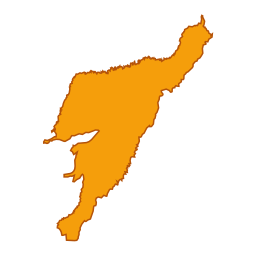 Armenia, Quindío, Colombia (Robinson projection)
{"feature_id": "7082276B37596185991621", "entity_name": "Armenia", "entity_type": "district", "adm_level": 2, "iso_a3": "COL", "parent_name": "Colombia", "parent_adm1": "Quindío", "projection": "robinson", "projection_center": [-75.71, 4.492], "detail": "fine", "context": "isolated", "style": "filled", "palette": "amber", "viewbox_px": 256, "rotation_deg": 0, "n_neighbors": 0, "source": "geoboundaries", "source_scale": "gbopen_adm2", "svg_char_len": 5659}
<svg xmlns="http://www.w3.org/2000/svg" viewBox="0 0 256 256"><path d="M101.2,71.8L101.3,73.1L100.2,73.2L99.1,72.3L97.4,72.4L96.8,73.8L95.1,71.6L94.5,71.6L94.3,72.5L93.7,72.8L93.0,71.4L91.9,71.3L91.0,70.6L90.5,71.1L90.9,72.4L89.8,72.0L89.1,72.8L87.9,72.4L85.7,74.1L85.1,73.9L85.3,72.7L84.7,72.8L84.2,72.2L81.4,73.4L80.0,72.9L77.5,74.2L76.2,74.0L75.3,76.2L74.6,76.6L74.9,76.9L74.5,77.7L73.7,77.5L72.9,78.6L72.5,79.5L72.8,80.3L71.7,82.0L72.1,83.4L70.4,83.9L69.9,85.6L70.4,86.6L69.5,87.0L69.9,88.9L69.2,93.1L68.1,95.0L67.2,94.8L66.7,95.4L66.9,97.2L66.2,97.7L66.0,98.8L64.7,100.2L63.4,103.3L62.7,106.4L61.3,108.2L60.5,108.2L60.7,109.6L61.3,109.9L60.3,110.3L60.9,111.2L60.2,111.8L60.5,113.0L59.9,113.6L60.6,114.3L58.7,115.5L58.1,116.5L58.5,121.3L57.9,121.3L57.7,122.4L57.3,121.7L56.6,122.0L56.1,124.5L54.9,125.3L54.0,126.7L55.1,128.5L55.3,129.8L55.0,130.0L53.7,129.1L53.1,130.0L51.6,130.9L51.9,132.1L53.2,130.9L54.4,131.2L56.3,134.0L56.1,136.8L54.6,136.7L51.2,138.9L47.3,140.5L44.9,139.9L43.7,141.9L43.8,143.1L45.4,142.8L46.2,143.3L47.6,143.3L48.8,142.6L49.7,140.8L51.9,141.0L52.5,140.2L56.2,139.3L59.5,139.5L64.1,141.3L65.2,141.3L69.9,138.7L71.7,135.7L74.6,135.7L79.1,133.8L82.5,134.4L85.8,132.4L88.7,132.6L95.5,130.0L98.3,130.2L99.1,131.0L91.6,139.6L89.1,141.6L86.4,142.6L78.1,143.3L74.8,145.8L73.2,145.3L73.1,146.9L71.8,148.2L70.6,150.6L72.4,151.7L73.7,154.5L77.3,151.9L76.7,154.2L76.3,154.0L75.8,157.5L74.8,160.1L75.1,166.1L74.8,168.8L74.0,170.7L72.4,172.5L70.3,173.5L64.1,174.5L64.1,176.9L67.9,176.9L70.2,176.1L72.1,176.2L74.4,175.2L72.9,181.5L74.2,181.8L76.7,179.6L79.7,178.1L81.6,175.0L82.5,174.3L83.3,175.2L83.9,179.2L82.7,182.2L83.2,184.1L82.9,187.4L81.3,189.5L81.8,191.9L80.5,193.2L80.7,194.3L80.2,195.1L80.7,195.7L79.8,196.7L80.7,198.4L80.1,199.7L80.6,201.5L79.1,202.7L78.9,205.4L77.0,206.4L77.3,207.5L75.7,208.2L74.5,210.2L73.9,210.5L74.3,211.4L73.4,211.8L73.7,212.8L72.8,212.9L72.5,213.6L70.3,214.9L69.0,214.7L68.3,216.5L67.5,217.2L66.3,217.4L65.2,218.2L63.7,217.8L63.4,219.2L62.2,218.6L61.5,220.2L60.0,220.4L59.2,221.3L58.9,222.4L57.4,223.5L58.5,224.8L57.5,225.8L57.3,227.8L58.7,228.3L60.0,229.6L61.2,231.9L61.9,235.2L62.9,235.3L66.0,234.4L66.5,240.2L74.6,240.6L76.8,240.3L78.2,238.2L78.2,236.9L79.0,234.7L79.0,231.9L80.2,229.8L80.1,227.8L81.9,224.0L84.5,220.7L85.3,221.4L86.0,221.4L87.8,220.0L90.4,219.0L93.1,211.1L93.7,206.5L94.3,205.8L95.7,205.6L96.1,204.5L96.3,202.3L95.6,200.1L96.3,198.1L98.2,197.0L101.4,197.8L103.8,195.3L106.2,196.2L106.8,196.1L107.4,193.6L109.5,189.6L110.3,189.1L112.4,189.2L112.9,187.1L114.1,186.2L115.3,184.2L115.9,184.0L117.3,184.9L117.8,184.7L117.9,183.5L117.1,181.4L118.3,182.3L119.0,180.5L120.1,179.5L120.8,179.4L121.8,180.5L122.0,178.6L123.5,178.4L123.3,175.9L123.7,174.6L124.2,174.0L125.8,174.1L125.0,171.8L127.3,172.3L127.0,171.0L127.4,170.1L126.5,168.4L126.9,167.7L127.6,167.8L127.4,165.7L127.9,165.5L129.0,166.5L129.9,165.3L129.0,163.6L130.6,163.5L130.1,160.6L130.7,157.5L132.0,156.7L134.7,157.0L134.1,155.0L135.4,153.6L134.4,152.2L135.2,150.8L137.1,149.6L137.1,149.1L135.9,148.9L135.7,148.0L138.0,146.1L136.7,144.8L138.2,144.0L139.3,141.1L138.9,137.1L140.6,137.1L141.3,136.7L142.3,134.4L144.1,133.1L146.7,128.0L149.5,125.6L149.9,126.7L151.5,126.5L153.4,124.0L153.9,119.4L155.0,118.3L155.7,115.2L155.5,114.2L157.0,112.3L158.6,107.9L157.8,102.6L159.2,99.3L159.4,97.1L160.1,96.0L161.8,95.8L162.9,94.8L162.8,93.8L161.5,92.2L161.3,90.6L166.2,89.1L169.3,90.5L170.5,92.1L171.7,92.0L172.1,91.6L172.2,88.9L173.2,87.8L174.8,87.7L175.0,86.6L176.0,85.6L176.7,86.1L178.9,86.3L178.7,83.7L181.3,81.8L181.3,79.5L183.1,79.6L183.8,78.9L184.0,75.2L185.9,73.5L186.2,72.6L188.0,71.8L192.4,67.6L193.0,66.4L193.1,64.1L195.3,61.5L197.0,61.0L197.7,59.1L200.0,57.8L201.4,55.7L202.8,53.2L202.4,48.6L203.3,44.9L205.8,44.2L205.9,43.5L205.1,42.4L205.4,41.6L207.8,41.8L208.9,39.1L212.0,37.1L212.3,34.0L211.0,35.2L211.1,34.4L209.0,33.3L208.3,31.0L207.0,30.6L205.9,28.4L204.8,27.7L205.0,27.2L203.5,26.7L203.2,26.0L203.9,25.0L204.6,21.2L202.6,16.9L202.7,15.9L201.8,15.4L201.3,16.8L201.6,19.3L200.8,23.6L198.7,23.2L197.5,25.5L196.1,25.3L195.5,25.8L194.7,25.5L192.3,26.8L188.8,26.3L187.6,28.1L184.7,29.5L184.4,31.3L183.8,31.7L183.6,32.6L182.6,33.1L181.8,34.6L182.5,36.6L180.2,38.4L179.5,40.9L180.2,41.2L180.5,42.8L179.5,45.7L178.6,45.9L178.2,47.4L178.6,47.9L178.0,48.2L177.6,49.6L175.7,51.0L174.8,53.9L174.1,53.5L173.8,54.1L173.8,55.4L172.6,55.0L170.4,57.9L169.5,57.5L169.1,58.5L167.4,58.4L166.7,59.0L166.4,58.4L165.3,59.1L164.1,58.3L164.0,59.9L162.2,61.0L161.8,59.8L161.5,60.9L160.6,59.5L160.1,60.4L159.6,60.3L159.6,59.1L155.4,59.9L155.3,58.6L154.3,58.6L153.9,57.8L153.2,58.7L152.2,57.8L151.2,58.9L150.6,58.9L149.9,58.4L150.0,57.6L149.1,57.5L149.1,56.6L148.5,56.4L147.3,58.1L145.4,57.2L144.5,58.9L144.3,57.7L143.2,58.1L142.9,59.3L140.7,60.3L140.1,61.6L139.4,60.2L138.8,60.2L138.9,61.0L138.2,60.9L138.1,61.7L138.8,62.2L138.4,62.7L139.2,63.1L138.8,63.7L137.1,63.6L136.0,64.5L135.3,64.5L134.6,61.5L134.1,62.1L134.0,63.8L133.1,64.1L132.6,65.5L132.4,63.0L131.7,63.4L130.9,63.1L130.5,63.8L130.5,66.1L129.8,67.1L129.4,67.0L129.4,66.0L128.7,65.6L128.2,65.8L128.3,66.7L127.6,66.6L128.0,65.5L127.6,65.1L126.7,66.2L125.4,66.0L124.7,67.1L124.0,66.5L124.1,68.0L122.7,68.8L122.3,67.2L121.4,66.6L120.2,66.9L119.9,65.9L118.5,68.0L118.1,68.0L118.3,66.8L117.6,67.1L116.1,69.4L115.5,68.8L115.5,67.2L115.1,67.0L114.7,67.5L115.0,69.8L114.5,69.9L114.0,69.1L113.4,70.1L113.0,69.8L113.3,68.5L111.8,67.4L111.4,68.1L110.7,68.0L110.9,69.2L110.0,69.9L110.0,70.9L108.9,70.1L107.6,70.9L107.5,71.9L108.2,72.9L107.9,73.5L107.0,72.3L106.5,72.6L106.9,73.3L106.3,73.4L104.9,71.4L103.7,72.1L102.8,70.9L102.1,72.4L101.2,71.8Z" fill="#f59e0b" stroke="#b45309" stroke-width="1.5"/></svg>